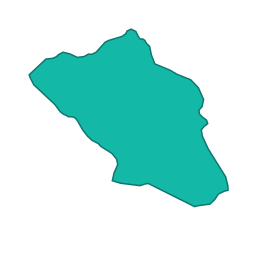 map outline of Chahar Mahall and Bakhtiari (orthographic projection), rotated 345°
{"feature_id": "IRN-3218", "entity_name": "Chahar Mahall and Bakhtiari", "entity_type": "Province", "adm_level": 1, "iso_a3": "IRN", "parent_name": "Iran", "parent_adm1": "", "projection": "orthographic", "projection_center": [50.632, 31.874], "detail": "fine", "context": "isolated", "style": "filled", "palette": "teal", "viewbox_px": 256, "rotation_deg": 345, "n_neighbors": 0, "source": "natural_earth", "source_scale": "10m", "svg_char_len": 1022}
<svg xmlns="http://www.w3.org/2000/svg" viewBox="0 0 256 256"><g transform="rotate(345 128 128)"><path d="M156.6,33.3L160.6,36.8L161.6,42.3L162.7,45.2L165.4,45.9L166.9,47.7L167.8,51.2L170.0,54.7L169.5,63.5L170.5,73.0L183.6,83.1L189.0,88.6L201.0,97.6L206.4,107.3L208.4,119.9L205.2,126.4L201.1,129.2L200.7,133.0L202.7,136.7L205.9,140.7L206.1,144.4L201.8,146.3L198.3,148.8L197.7,155.3L200.1,169.1L209.7,200.5L209.5,209.9L208.5,214.1L204.9,213.9L198.2,215.2L193.1,219.7L187.5,222.7L175.5,221.2L172.0,221.2L133.3,186.9L130.1,186.5L124.7,186.8L106.5,179.4L99.2,174.9L102.9,167.8L108.6,160.7L108.9,155.1L105.9,148.4L97.1,138.9L95.2,135.3L90.0,130.6L86.9,125.6L83.8,118.3L81.1,108.1L79.7,104.9L78.0,103.2L73.2,101.6L71.7,99.9L69.2,98.0L66.7,94.7L63.5,86.5L48.2,61.9L46.6,54.6L46.3,51.0L66.5,40.2L73.5,41.2L77.2,40.6L80.4,39.0L84.9,38.0L91.2,41.5L97.4,46.7L104.0,47.6L109.1,46.4L112.2,47.5L116.9,46.5L128.3,39.1L132.3,38.4L145.7,38.0L150.0,36.5L152.2,34.1L156.6,33.3Z" fill="#14b8a6" stroke="#0f766e" stroke-width="1.5"/></g></svg>